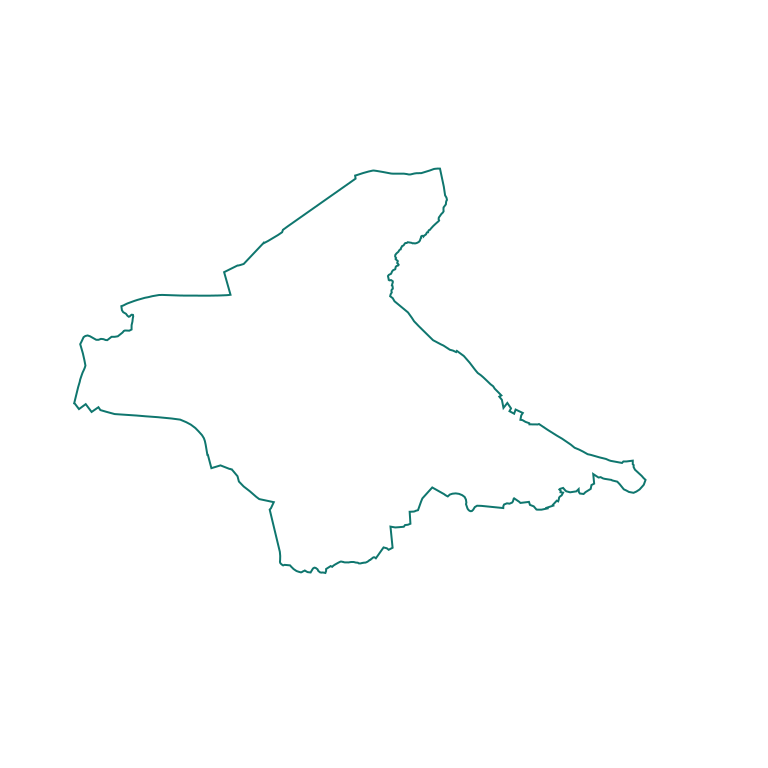 Santa Isabel Cholula, Puebla, Mexico, rotated 307°
{"feature_id": "50627088B13237114427386", "entity_name": "Santa Isabel Cholula", "entity_type": "district", "adm_level": 2, "iso_a3": "MEX", "parent_name": "Mexico", "parent_adm1": "Puebla", "projection": "orthographic", "projection_center": [-98.379, 18.968], "detail": "fine", "context": "isolated", "style": "outline", "palette": "teal", "viewbox_px": 768, "rotation_deg": 307, "n_neighbors": 0, "source": "geoboundaries", "source_scale": "gbopen_adm2", "svg_char_len": 6154}
<svg xmlns="http://www.w3.org/2000/svg" viewBox="0 0 768 768"><g transform="rotate(307 384 384)"><path d="M446.3,210.5L443.9,211.3L439.2,209.7L428.4,205.3L424.4,203.4L423.7,203.1L423.9,202.9L395.4,199.7L395.0,199.4L392.1,197.3L390.7,196.1L390.5,195.7L377.1,189.0L362.9,207.7L361.4,206.2L360.0,204.6L355.5,199.1L348.7,190.4L332.5,168.7L321.9,153.6L319.7,150.8L314.7,146.1L311.4,143.4L309.0,141.2L302.8,136.5L300.1,134.6L293.9,130.6L292.0,129.6L289.9,128.6L288.1,127.4L285.2,130.3L284.4,132.5L284.8,135.7L284.1,138.1L284.1,139.7L285.0,140.3L286.3,140.4L287.5,140.8L288.1,141.9L287.1,143.0L285.0,144.0L282.3,145.6L279.1,147.0L275.6,149.6L273.3,148.5L272.0,146.6L270.8,144.9L269.8,144.3L267.7,144.2L261.9,142.7L259.6,140.5L257.7,138.0L252.5,136.6L251.6,135.2L251.0,133.0L249.7,130.8L247.5,129.4L246.1,127.5L245.2,120.5L244.4,118.1L242.6,116.6L240.6,115.9L235.9,116.9L233.0,117.4L227.3,125.0L222.8,130.3L219.0,134.5L216.7,135.3L214.7,135.8L211.8,136.4L209.2,137.2L204.7,138.7L202.6,139.7L197.5,141.6L182.1,148.2L182.3,148.8L180.4,155.5L188.4,157.9L185.7,167.3L193.6,169.9L192.5,173.2L194.7,179.0L197.9,187.0L210.0,205.5L214.9,213.3L221.3,223.2L228.6,235.1L232.9,242.7L234.5,249.1L235.3,254.2L235.3,259.9L234.6,264.4L233.6,269.5L232.3,272.8L230.7,275.2L228.2,278.1L221.1,285.6L221.4,286.0L212.9,296.8L220.6,302.4L223.2,311.7L223.6,312.3L223.9,313.6L224.2,313.8L222.2,322.5L218.8,326.8L217.7,333.6L217.6,341.4L217.0,349.8L217.0,353.6L223.3,367.1L216.6,368.5L214.9,368.3L187.3,401.8L184.2,404.6L181.0,406.9L179.4,407.9L178.7,408.7L178.4,409.8L178.3,411.5L178.4,412.6L179.7,413.4L182.6,418.1L182.1,420.6L182.1,421.4L181.9,422.2L181.8,423.2L181.9,425.1L182.0,426.7L182.7,428.9L183.6,431.1L184.8,431.8L185.7,432.1L186.5,432.6L187.4,433.0L187.6,435.1L187.8,436.2L189.3,438.8L193.9,438.3L195.4,438.9L196.0,440.1L196.0,442.5L195.2,443.9L195.1,446.2L195.6,447.4L196.6,448.5L197.3,449.8L197.8,450.9L199.8,450.3L201.4,449.1L206.5,451.0L206.8,452.6L208.5,452.9L210.2,453.5L213.9,455.1L215.9,456.1L216.3,456.5L216.8,457.3L217.0,458.0L217.4,458.6L217.6,459.5L218.2,460.4L219.1,461.6L220.1,463.0L221.6,464.4L222.5,465.4L223.6,466.9L224.4,468.9L225.5,470.6L225.6,471.9L226.7,473.4L227.5,473.9L228.4,474.8L228.7,474.9L229.1,475.5L229.8,476.1L230.2,476.7L230.9,477.1L232.0,477.7L232.6,477.9L233.4,478.2L234.7,478.4L235.4,479.0L236.1,479.0L236.8,479.2L237.3,479.4L238.0,479.5L238.7,479.7L239.3,480.0L239.7,480.4L239.9,480.9L239.9,482.4L253.2,482.0L254.5,485.1L254.4,487.5L258.4,489.4L274.0,475.0L276.2,479.3L278.9,482.4L281.9,485.7L284.0,485.7L286.0,487.8L288.3,489.2L297.4,481.4L299.9,484.4L300.8,485.2L301.6,485.5L303.7,487.1L312.3,484.4L314.9,483.7L315.8,483.5L330.4,484.8L332.2,498.3L332.2,500.0L332.4,501.5L332.6,502.6L335.3,503.1L337.6,504.7L339.8,507.1L341.4,510.0L342.3,513.4L342.3,516.4L341.0,519.0L338.8,521.2L337.4,521.8L334.7,525.8L334.3,527.2L334.2,528.6L334.6,529.8L335.4,530.6L337.3,530.9L340.3,530.6L342.8,531.6L345.2,535.0L356.7,553.9L358.3,552.8L360.0,552.4L362.7,554.0L364.0,556.3L366.5,557.7L367.9,557.6L370.5,556.6L371.0,556.7L371.3,563.0L371.1,564.5L375.9,569.5L377.1,570.7L375.3,573.3L376.4,577.2L375.5,581.3L376.2,582.5L378.3,585.3L383.9,590.2L381.9,587.6L388.8,592.4L389.1,591.6L394.8,592.2L395.1,593.7L396.9,593.1L398.7,592.2L399.8,592.2L402.0,592.9L405.0,592.4L403.8,590.1L404.9,589.6L405.3,587.5L406.2,587.7L408.8,589.6L408.2,592.3L408.0,594.1L409.5,597.8L414.0,602.2L417.2,602.7L415.0,604.6L414.4,606.3L416.3,609.6L418.9,610.0L424.6,612.2L428.2,610.5L430.9,611.8L438.0,605.3L438.4,611.6L440.0,613.1L440.4,615.7L441.0,617.2L444.3,623.4L444.3,624.2L446.4,629.1L445.8,632.6L444.2,638.9L444.8,641.7L445.2,644.6L447.3,648.8L450.0,650.3L453.6,651.6L458.3,652.0L459.9,652.1L464.8,650.6L465.1,647.9L465.7,645.1L466.6,636.0L467.9,633.3L469.5,632.2L469.6,631.0L472.5,628.8L467.9,624.1L466.2,621.8L464.2,621.6L459.1,611.4L458.5,609.7L457.7,606.3L455.1,600.3L451.8,591.7L450.5,588.9L449.8,583.6L449.0,579.2L447.8,574.6L448.0,569.8L447.5,559.1L446.8,553.1L445.9,542.5L445.3,531.9L444.2,531.1L439.3,524.4L440.1,523.6L438.9,519.8L438.5,516.3L437.5,514.5L441.5,512.5L444.4,512.3L442.8,504.5L438.6,505.8L437.8,500.6L441.0,500.1L443.1,493.9L436.8,493.8L442.3,487.7L443.3,483.7L445.5,484.6L446.1,480.8L446.9,475.2L447.9,472.6L447.9,469.3L448.5,464.5L449.1,459.1L449.3,456.0L449.2,452.3L449.9,449.2L450.6,446.6L452.6,439.5L454.4,430.9L454.3,422.3L452.9,422.4L452.2,419.0L451.0,416.0L450.5,408.4L449.9,405.6L448.5,396.8L451.1,377.1L452.2,370.3L453.6,366.5L455.6,360.1L456.4,342.6L457.8,339.3L457.8,336.1L459.7,335.3L461.8,335.1L462.8,333.9L463.7,333.5L464.7,333.5L465.2,333.7L465.3,333.7L465.8,333.4L466.2,333.0L467.4,331.8L467.4,331.0L468.2,330.7L469.4,330.2L470.4,329.9L471.2,329.3L471.4,328.9L471.2,327.0L470.6,326.6L470.0,325.9L470.0,325.1L470.5,324.7L471.4,323.6L472.6,322.2L474.1,322.2L476.3,323.3L478.9,322.7L480.4,322.8L482.4,323.9L482.5,323.9L483.5,323.4L484.5,322.9L485.8,323.0L487.0,323.9L487.9,324.0L488.1,323.9L488.4,322.8L488.6,321.7L490.4,321.1L490.6,320.7L490.6,319.1L490.8,318.0L491.9,317.8L492.1,317.1L492.7,316.0L494.1,315.3L496.0,315.4L498.2,315.9L499.8,315.7L500.9,315.8L501.6,316.3L503.0,315.7L503.8,315.7L504.8,315.4L506.0,316.0L506.7,316.2L508.4,316.1L509.4,316.2L510.3,317.3L511.5,317.6L513.3,321.0L513.6,322.3L514.4,323.1L514.8,324.0L515.5,324.7L516.8,325.6L518.4,326.3L520.1,326.4L520.9,326.1L522.2,325.7L523.1,325.8L523.4,325.2L524.4,324.9L525.3,325.3L525.9,326.2L525.6,326.8L526.5,326.8L528.8,327.5L529.8,327.2L530.9,327.1L531.7,327.9L532.0,327.7L533.3,327.3L533.9,327.3L534.6,327.8L534.8,327.9L536.1,327.9L539.5,328.2L543.0,328.8L547.0,329.6L547.8,329.6L548.5,328.4L550.0,327.6L551.1,327.6L554.2,327.5L556.3,327.8L557.7,327.7L559.5,326.2L560.9,325.3L564.7,325.3L566.3,324.3L567.5,323.7L568.9,323.5L570.3,321.9L570.8,320.9L571.4,319.3L577.5,313.1L589.7,299.1L588.5,297.4L586.7,295.4L585.8,294.5L582.1,292.1L574.9,286.9L571.8,283.0L570.3,281.5L567.5,279.2L566.9,278.6L566.3,277.8L565.4,275.9L564.0,273.4L561.1,269.5L557.2,264.3L556.3,262.9L552.8,255.8L549.8,250.0L548.4,247.5L547.7,246.6L544.4,243.8L541.4,241.5L540.1,240.5L534.4,236.5L533.1,235.5L530.9,237.7L452.5,212.4L446.3,210.5Z" fill="none" stroke="#0f766e" stroke-width="2"/></g></svg>